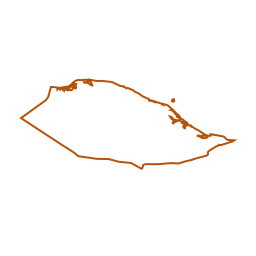 an SVG outline of Suðurland, rotated 195°
{"feature_id": "ISL-705", "entity_name": "Suðurland", "entity_type": "Region", "adm_level": 1, "iso_a3": "ISL", "parent_name": "Iceland", "parent_adm1": "", "projection": "natural_earth1", "projection_center": [-19.582, 64.139], "detail": "fine", "context": "isolated", "style": "outline", "palette": "amber", "viewbox_px": 256, "rotation_deg": 195, "n_neighbors": 0, "source": "natural_earth", "source_scale": "10m", "svg_char_len": 4321}
<svg xmlns="http://www.w3.org/2000/svg" viewBox="0 0 256 256"><g transform="rotate(195 128 128)"><path d="M213.1,147.7L209.7,148.4L205.8,148.9L206.2,148.5L206.5,148.0L206.5,147.5L206.2,146.9L205.9,147.7L205.4,148.2L204.8,148.4L204.2,148.0L204.3,148.3L204.3,148.5L204.5,148.7L204.5,149.1L199.1,151.4L199.5,150.2L200.6,149.5L201.9,149.2L203.1,149.1L203.1,148.7L200.3,147.9L199.3,147.2L199.1,148.0L199.1,148.3L199.3,148.7L198.2,149.2L197.2,149.0L196.1,148.8L195.0,148.7L195.9,149.1L195.9,149.5L194.8,149.5L194.3,149.6L193.9,149.9L193.2,149.6L192.4,150.0L191.8,150.6L191.6,151.2L191.4,152.1L190.8,152.8L190.1,153.0L189.3,152.5L188.7,152.9L188.5,153.4L188.8,153.8L189.4,154.0L190.0,153.8L190.8,153.3L191.4,153.2L194.8,153.4L195.9,153.2L194.1,155.2L193.0,155.8L191.9,155.4L192.1,155.3L192.2,155.1L190.5,155.1L190.5,155.6L189.4,155.5L188.7,155.8L189.3,155.8L189.6,156.0L189.8,156.3L189.6,157.0L192.8,156.8L193.4,156.5L192.3,158.4L190.8,160.1L188.9,161.3L184.6,162.4L181.9,163.6L179.2,164.0L177.9,162.9L178.4,162.5L179.6,162.2L180.0,161.9L180.6,161.4L181.1,161.1L182.4,161.0L182.4,160.7L181.2,160.6L179.0,161.1L177.8,161.0L175.0,160.0L174.1,159.9L174.4,160.3L174.0,160.4L173.9,160.5L174.2,161.0L175.1,161.9L175.4,162.1L175.8,162.5L176.0,163.2L176.1,164.0L176.3,164.3L178.0,164.4L179.0,164.4L179.7,164.5L170.7,165.3L165.5,166.7L156.7,168.1L154.5,168.1L146.4,166.6L143.0,167.2L141.8,167.0L142.3,166.9L142.7,166.6L141.1,166.4L140.4,166.2L139.8,165.9L138.9,166.6L133.2,165.9L132.7,165.7L130.5,164.7L127.1,164.3L122.1,162.4L115.4,161.3L114.0,160.7L114.6,160.6L114.9,160.4L114.9,160.1L114.4,159.9L113.8,159.9L113.1,160.2L112.6,160.3L108.6,159.9L108.7,160.2L112.9,160.7L101.8,160.2L101.1,159.5L100.9,159.6L100.7,159.8L100.3,159.6L100.2,159.6L99.9,159.5L100.2,160.3L97.0,160.3L95.4,160.1L89.0,157.0L88.4,156.5L89.0,156.9L89.7,157.0L90.4,156.9L91.0,156.5L90.5,156.5L89.5,156.2L89.0,156.2L89.2,155.3L89.3,155.1L88.5,155.7L87.8,156.0L87.0,155.9L86.1,155.4L86.1,155.1L87.5,155.4L87.0,154.6L86.2,154.1L85.4,153.7L84.7,153.2L84.0,152.3L83.6,151.6L83.1,151.3L82.1,151.4L82.1,151.7L83.5,152.9L84.4,153.8L85.0,154.7L82.2,153.2L80.9,152.3L80.1,151.0L80.3,150.9L80.7,150.6L80.4,150.3L79.8,149.5L81.0,148.7L82.3,148.2L85.1,148.0L86.5,148.3L88.8,149.8L90.2,149.9L89.5,149.3L88.5,148.3L87.9,148.0L84.7,146.9L86.0,145.5L86.2,145.0L86.0,144.3L85.5,144.1L85.2,144.3L85.3,144.7L85.3,145.0L84.8,145.5L83.0,146.9L81.8,147.7L81.0,148.2L80.0,148.4L79.6,148.6L79.6,149.1L79.6,149.7L79.5,150.2L79.2,150.8L77.1,150.3L75.2,149.3L73.8,149.0L70.9,147.6L73.6,147.6L74.1,147.8L75.1,148.3L75.8,148.4L75.9,148.0L76.4,147.9L77.8,148.0L77.8,147.6L76.6,147.6L76.6,147.2L76.8,147.2L77.1,147.3L77.2,147.2L77.2,146.9L74.2,147.3L73.2,147.2L73.2,146.9L74.6,145.8L75.1,144.2L74.5,142.8L72.9,142.5L72.9,142.8L74.1,143.1L73.9,143.8L73.1,144.7L71.6,145.9L70.6,146.4L69.4,146.5L68.3,146.1L68.7,147.0L68.9,147.2L67.2,146.2L63.4,144.8L58.1,143.6L56.2,142.8L55.2,142.6L54.2,142.1L53.4,141.3L53.6,140.9L53.6,140.3L53.1,139.1L56.4,139.2L58.2,138.9L59.4,138.3L56.3,138.3L54.3,137.7L53.6,137.6L51.4,137.9L51.0,138.1L50.6,138.5L49.3,139.3L48.8,139.5L48.8,139.8L50.9,140.4L52.0,140.9L52.5,141.7L51.6,141.4L49.7,141.3L47.8,141.4L46.6,141.7L45.9,142.2L46.5,143.2L46.3,143.2L46.1,143.3L45.9,143.5L33.6,144.5L32.1,143.9L30.7,143.1L29.4,142.5L28.0,142.4L22.1,143.6L23.0,142.6L23.8,141.9L34.0,135.4L35.6,135.4L35.9,135.4L36.2,134.4L36.5,134.1L37.5,133.4L38.5,132.6L40.3,130.7L44.0,126.6L44.3,126.0L44.6,125.2L44.1,123.9L44.0,123.5L44.0,123.1L44.2,122.8L44.8,121.9L45.2,121.5L55.3,115.7L58.3,113.6L64.5,110.3L69.4,107.1L70.4,106.7L77.1,105.3L90.3,100.6L101.5,97.7L102.7,97.0L103.4,96.5L103.5,96.3L103.7,95.9L103.8,95.5L103.8,94.9L103.7,94.1L103.7,93.7L103.7,93.4L104.4,92.1L115.1,94.8L116.1,94.9L117.3,94.8L128.2,93.0L138.6,93.0L150.4,90.1L168.9,87.9L172.8,89.9L177.0,91.3L189.0,95.1L210.1,102.0L233.9,109.9L214.8,133.3L213.3,136.6L213.1,137.6L213.0,147.1L213.1,147.7L213.1,147.7ZM92.2,165.5L92.3,165.7L92.6,166.4L92.2,166.9L91.8,167.5L91.4,167.8L91.1,167.6L90.9,167.1L90.7,166.7L90.3,166.1L90.5,165.5L91.3,165.2L92.3,165.2L92.4,165.3L92.2,165.5ZM197.8,150.7L198.1,151.0L198.1,151.5L197.9,152.1L197.2,152.6L197.3,152.5L197.5,152.2L197.4,151.9L197.1,151.7L196.6,151.8L194.8,152.1L194.9,151.7L196.2,150.9L196.9,150.7L197.2,150.6L197.8,150.7Z" fill="none" stroke="#b45309" stroke-width="2"/></g></svg>